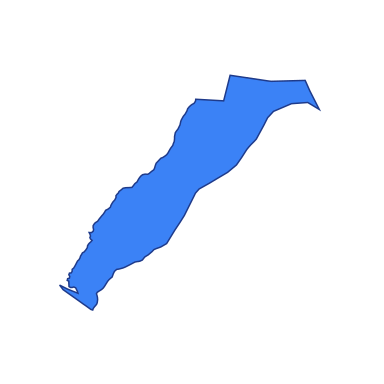 Maranhãozinho, Maranhão, Brazil (Natural Earth projection), rotated 26°
{"feature_id": "56859067B901254953540", "entity_name": "Maranhãozinho", "entity_type": "district", "adm_level": 2, "iso_a3": "BRA", "parent_name": "Brazil", "parent_adm1": "Maranhão", "projection": "natural_earth1", "projection_center": [-45.993, -2.425], "detail": "fine", "context": "isolated", "style": "filled", "palette": "blue", "viewbox_px": 384, "rotation_deg": 26, "n_neighbors": 0, "source": "geoboundaries", "source_scale": "gbopen_adm2", "svg_char_len": 2568}
<svg xmlns="http://www.w3.org/2000/svg" viewBox="0 0 384 384"><g transform="rotate(26 192 192)"><path d="M113.8,333.7L119.0,336.3L139.1,339.6L143.6,340.4L145.8,340.7L152.7,341.9L154.5,341.6L154.3,339.9L154.7,337.7L155.2,336.1L155.5,334.4L155.3,332.9L154.4,330.2L153.3,328.3L152.3,327.0L150.7,325.3L150.8,323.7L151.9,321.8L153.5,319.3L154.3,317.3L154.7,315.3L155.3,309.4L155.8,307.3L156.6,305.3L157.5,303.4L157.1,300.0L157.1,297.3L158.2,294.6L160.1,293.3L163.2,290.6L164.9,288.7L167.8,284.9L171.4,280.0L173.2,278.6L174.5,277.8L175.6,276.9L177.2,274.9L178.0,271.2L179.2,269.2L180.2,267.7L182.2,263.1L183.0,260.5L184.6,258.6L186.7,256.5L188.1,255.0L191.8,249.5L193.3,233.6L194.5,224.7L195.4,216.5L195.6,194.6L195.6,191.5L197.1,186.1L203.9,176.3L207.9,170.1L215.4,158.7L220.1,148.2L221.5,139.2L222.6,129.8L223.3,126.8L224.2,123.6L224.8,121.9L225.7,119.3L226.6,116.3L227.3,100.2L227.4,92.0L228.0,90.2L229.9,83.8L242.7,69.0L256.8,60.8L270.2,62.0L253.5,49.4L248.4,45.1L247.1,44.0L244.8,42.1L214.7,57.8L211.5,58.9L175.1,70.4L180.5,96.2L154.7,107.0L155.3,108.8L155.0,111.4L153.7,113.2L153.0,114.5L152.2,116.5L151.6,119.1L151.9,121.2L151.7,124.9L151.0,127.9L150.8,132.2L151.0,133.7L151.8,136.9L151.8,139.5L151.8,141.6L151.3,143.9L151.0,146.0L152.0,149.8L153.0,151.9L153.9,154.4L154.0,156.6L154.3,158.6L153.6,162.1L153.4,165.0L153.3,167.4L152.9,169.6L151.8,171.8L150.6,173.8L149.2,175.3L148.7,176.9L147.7,180.2L147.2,181.8L147.3,183.4L147.9,187.2L147.9,188.9L147.1,190.3L146.3,191.9L145.3,194.3L144.4,195.5L142.0,196.5L140.0,198.1L139.1,199.9L138.6,201.8L138.3,204.1L138.2,207.0L137.0,209.5L136.5,212.1L136.0,214.2L133.2,215.8L130.7,217.1L129.6,217.9L128.4,218.8L127.5,220.9L126.2,223.5L126.2,225.4L125.6,226.9L125.3,228.8L126.1,230.1L126.1,232.9L125.3,235.6L125.1,237.5L125.0,239.5L125.3,241.5L124.0,244.2L122.4,246.3L122.3,248.4L121.9,251.1L121.4,252.7L120.9,254.9L120.5,256.5L120.0,259.7L118.5,262.1L118.1,263.6L117.9,265.6L118.7,267.3L120.0,268.9L120.4,270.6L119.4,272.6L117.3,273.5L119.1,274.9L120.1,276.1L120.2,277.7L121.3,278.7L123.4,279.3L122.9,281.2L122.2,282.9L121.8,284.4L121.7,286.2L122.3,287.8L122.0,290.4L121.3,293.2L120.2,294.7L120.1,296.7L119.9,298.5L120.2,300.2L120.1,302.4L119.4,304.1L119.3,306.0L119.3,307.8L119.2,310.3L119.0,312.3L118.2,314.0L119.1,316.0L118.8,317.8L117.4,318.6L117.6,320.4L119.1,321.4L119.6,323.2L118.2,324.4L118.6,326.2L120.3,326.1L121.6,328.5L122.9,330.9L124.5,331.1L126.1,330.4L127.4,329.2L129.4,329.1L131.3,330.6L132.5,331.5L133.9,333.0L122.9,333.8L121.4,333.8L113.8,333.7Z" fill="#3b82f6" stroke="#1e3a8a" stroke-width="1.5"/></g></svg>